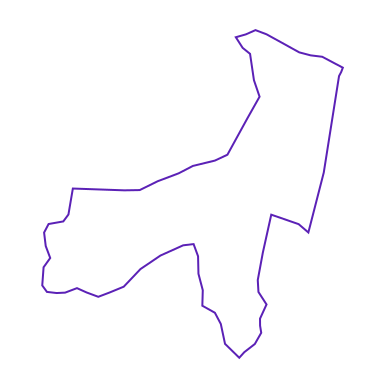 the border of Kamwenge, rotated 182°
{"feature_id": "UGA-3368", "entity_name": "Kamwenge", "entity_type": "District", "adm_level": 1, "iso_a3": "UGA", "parent_name": "Uganda", "parent_adm1": "", "projection": "robinson", "projection_center": [30.551, 0.184], "detail": "fine", "context": "isolated", "style": "outline", "palette": "violet", "viewbox_px": 384, "rotation_deg": 182, "n_neighbors": 0, "source": "natural_earth", "source_scale": "10m", "svg_char_len": 926}
<svg xmlns="http://www.w3.org/2000/svg" viewBox="0 0 384 384"><g transform="rotate(182 192 192)"><path d="M139.0,28.0L153.7,41.4L158.6,61.1L164.9,72.1L177.7,78.7L177.8,94.2L182.7,110.5L183.7,128.0L188.6,140.0L199.0,138.4L221.3,127.4L240.8,113.2L256.9,95.0L270.8,88.7L282.0,84.0L293.8,87.9L303.6,91.9L315.3,87.0L323.8,86.3L333.5,87.1L338.4,93.4L337.7,111.6L331.4,121.1L336.3,132.9L338.4,146.3L334.2,155.0L319.6,158.1L314.7,165.2L311.2,191.3L292.4,191.3L259.7,191.3L244.3,192.1L226.6,201.6L206.0,210.2L192.0,218.1L170.2,224.2L157.9,230.5L139.1,267.8L127.8,289.6L134.0,305.9L138.8,332.1L146.4,337.8L153.6,348.2L143.7,351.4L134.2,356.0L123.0,352.2L89.7,335.3L78.2,332.7L66.6,331.7L45.6,321.5L47.1,317.1L49.1,313.0L61.0,216.0L74.3,155.6L84.3,163.6L112.0,172.1L119.1,133.8L123.2,106.3L122.1,94.4L113.6,82.2L119.6,67.8L119.3,60.8L117.9,53.7L123.9,42.3L134.1,33.8L139.0,28.0Z" fill="none" stroke="#5b21b6" stroke-width="2"/></g></svg>